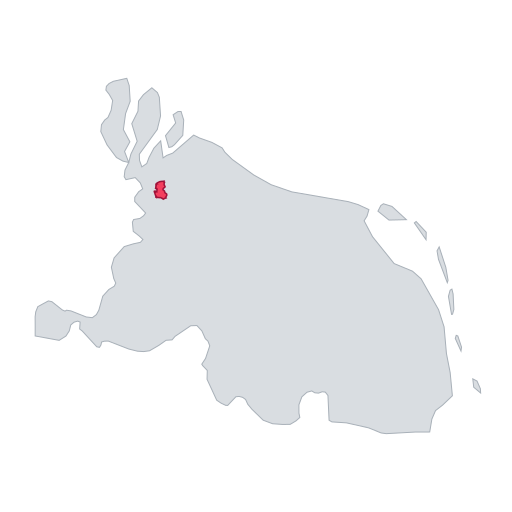 Halderberge, Noord-Brabant, Netherlands shown in context, rotated 89°
{"feature_id": "6326949B33385594138749", "entity_name": "Halderberge", "entity_type": "district", "adm_level": 2, "iso_a3": "NLD", "parent_name": "Netherlands", "parent_adm1": "Noord-Brabant", "projection": "albers", "projection_center": [4.523, 51.59], "detail": "fine", "context": "in_parent", "style": "filled", "palette": "rose", "viewbox_px": 512, "rotation_deg": 89, "n_neighbors": 0, "source": "geoboundaries", "source_scale": "gbopen_adm2", "svg_char_len": 5583}
<svg xmlns="http://www.w3.org/2000/svg" viewBox="0 0 512 512"><g transform="rotate(89 256 256)"><path d="M332.1,478.2L322.2,478.0L312.9,477.9L308.0,477.2L302.8,475.0L300.3,470.2L297.3,464.4L298.1,460.9L306.5,450.7L307.8,447.9L306.9,446.4L307.7,441.9L314.0,426.8L314.8,420.7L311.8,416.6L307.5,414.1L293.5,409.9L286.9,403.7L283.7,398.2L280.6,396.7L276.1,398.6L264.7,400.8L255.4,397.9L244.3,387.6L241.7,378.4L240.3,371.3L237.5,368.8L233.9,372.5L229.2,378.3L220.0,379.0L217.4,377.7L216.9,374.5L216.4,371.4L213.8,367.7L211.1,365.6L199.4,376.3L195.1,376.2L189.6,372.1L186.9,368.1L180.9,370.4L175.5,375.4L177.4,384.7L174.4,386.4L167.8,385.5L160.3,381.6L151.9,379.3L139.2,372.8L121.5,377.9L109.2,371.5L99.0,370.7L92.7,365.7L86.0,357.2L90.9,351.7L95.6,349.9L114.3,349.0L127.8,352.5L152.2,370.9L158.4,370.8L164.9,368.6L161.6,363.6L155.5,361.2L146.4,356.2L139.2,349.3L156.3,347.2L153.9,343.6L151.7,337.5L134.0,316.2L137.0,310.5L141.6,298.2L147.3,288.0L151.7,285.3L159.0,278.1L174.9,256.9L185.0,239.6L192.5,219.1L203.3,162.6L206.4,153.0L211.6,142.3L218.1,144.3L222.7,147.3L238.7,139.2L266.0,118.0L273.9,99.8L281.7,91.3L312.9,74.4L330.1,69.2L356.8,67.3L376.0,63.9L399.2,62.1L408.3,72.0L413.7,79.2L422.1,83.0L435.0,85.4L434.8,100.0L435.9,128.9L435.1,134.0L429.8,146.4L424.4,168.5L423.2,183.0L421.5,185.8L396.7,186.5L393.3,189.1L392.9,192.2L394.2,195.9L393.8,199.6L391.9,202.6L393.1,207.4L397.6,212.6L405.5,215.7L413.9,215.8L418.2,215.0L421.5,218.8L424.9,224.7L424.9,232.2L424.0,242.3L420.3,251.7L409.1,262.8L404.1,266.8L399.3,268.9L397.1,271.8L396.1,275.4L396.4,278.6L404.9,286.9L404.8,288.9L402.5,293.5L399.5,297.8L378.4,307.1L369.6,306.7L364.7,311.2L363.2,312.1L357.5,308.2L345.0,303.8L340.3,305.5L337.8,308.1L330.0,311.4L324.5,316.3L324.6,322.5L334.9,338.3L338.4,341.4L338.7,347.4L343.7,354.8L348.9,364.1L349.6,370.1L349.1,376.2L346.8,384.8L338.5,405.1L338.5,409.0L339.3,411.9L342.3,412.6L344.6,414.1L344.0,416.8L327.9,431.1L325.9,433.6L319.0,433.0L318.0,435.4L319.0,439.1L321.7,442.4L327.6,444.0L332.7,447.4L336.9,454.3L332.1,478.2ZM160.3,381.6L158.8,387.4L155.1,393.8L142.3,403.0L128.9,409.0L122.0,408.2L117.4,404.9L114.9,401.6L107.8,398.3L98.0,396.6L91.9,399.9L87.5,403.2L83.7,402.6L80.9,399.8L78.8,395.5L76.1,382.1L83.4,379.8L99.1,379.1L111.3,383.9L127.3,386.4L139.6,380.1L149.2,385.6L160.3,381.6ZM134.1,327.1L143.3,335.6L145.3,338.3L146.0,341.2L134.1,344.4L121.6,334.0L113.3,336.4L110.2,331.5L110.2,328.4L118.8,325.9L134.1,327.1ZM222.4,122.4L213.3,133.3L207.7,130.3L206.0,127.7L208.8,119.2L222.3,105.0L222.4,122.4ZM262.5,73.6L254.0,74.9L250.1,72.7L270.7,66.4L283.7,64.4L286.0,65.2L262.5,73.6ZM317.8,61.5L299.7,64.3L293.6,62.5L292.5,60.7L297.4,59.6L312.9,59.1L317.6,60.5L317.8,61.5ZM242.7,85.7L225.7,97.1L224.3,95.3L235.2,85.4L242.7,85.7ZM391.0,40.6L382.6,41.4L384.9,37.2L392.6,34.0L396.9,33.8L391.0,40.6ZM354.6,52.7L341.9,58.2L338.8,57.2L339.5,55.6L350.7,52.1L354.6,52.7Z" fill="#d9dde1" stroke="#a8b0b8" stroke-width="1"/><path d="M196.3,344.9L196.1,345.0L195.8,345.1L195.7,345.1L195.3,345.0L195.2,345.0L195.1,344.9L194.9,344.8L194.8,344.7L194.4,344.5L194.3,344.4L194.2,344.3L194.0,344.2L193.9,344.2L193.7,344.2L193.4,344.1L193.2,344.2L192.9,344.2L192.7,344.2L192.7,344.3L192.4,344.4L192.2,344.5L191.9,344.9L191.8,345.0L191.7,345.2L191.7,345.3L191.5,345.6L191.4,345.6L191.3,345.8L191.2,345.8L191.0,346.0L190.7,346.1L190.4,346.2L190.1,346.2L189.9,346.2L189.8,346.3L189.6,346.3L189.4,346.5L189.1,346.7L188.9,347.0L188.7,347.3L188.6,347.5L188.4,347.6L188.2,347.7L188.1,347.8L187.9,347.8L187.6,347.8L187.4,347.7L187.1,347.6L186.8,347.5L186.7,347.4L186.6,347.2L186.2,346.8L186.2,346.7L186.0,346.4L185.9,346.2L185.7,346.0L185.6,345.9L185.4,345.8L185.1,345.7L184.8,345.8L184.7,345.8L184.4,346.0L184.2,346.1L184.0,346.3L183.9,346.3L183.3,346.5L183.2,346.6L182.9,346.6L182.5,346.6L182.3,346.6L182.1,346.6L181.7,346.5L181.4,346.5L181.2,346.5L181.0,346.4L180.8,346.3L180.7,346.2L180.6,346.3L180.4,346.5L180.3,346.4L180.2,346.5L180.1,346.8L180.1,347.0L179.9,347.2L179.6,347.0L179.7,347.9L179.7,348.1L179.7,348.4L179.8,349.9L179.9,350.1L179.9,350.6L180.0,350.8L180.0,351.0L180.1,351.3L180.2,351.5L180.3,351.7L180.4,351.9L180.5,352.1L180.6,352.3L180.7,352.5L180.8,352.6L180.9,353.0L181.0,353.2L181.1,353.4L181.2,353.5L181.3,353.6L181.5,353.7L181.5,353.8L181.6,354.0L181.8,354.1L182.0,354.0L182.1,353.9L182.1,354.0L182.1,354.3L182.3,354.4L182.4,354.5L182.5,354.5L182.5,354.8L182.9,354.8L183.1,354.8L183.3,354.8L183.4,354.7L183.5,354.7L183.8,354.5L184.0,354.6L184.1,354.8L184.3,354.9L184.6,354.9L184.8,354.8L185.3,354.9L186.6,355.2L186.7,354.5L187.0,354.5L187.1,354.1L187.4,354.1L187.5,353.7L188.1,353.8L188.4,353.8L188.8,353.9L189.1,354.0L189.5,354.0L190.1,354.1L189.8,354.6L189.6,354.9L189.5,355.0L189.3,355.7L189.3,355.8L189.3,356.2L189.5,356.6L189.8,356.6L190.6,356.4L190.8,356.3L190.9,356.1L190.9,355.9L191.0,356.0L191.8,356.0L193.6,355.4L194.2,355.2L194.4,355.1L194.5,355.1L194.4,355.0L194.4,354.9L194.5,354.9L194.6,355.0L195.1,354.9L195.4,354.8L195.3,354.3L195.3,354.2L195.2,354.2L195.3,354.1L195.7,354.0L195.6,353.9L195.7,353.7L195.7,353.3L195.8,353.1L195.8,352.9L195.8,352.7L195.8,352.4L195.9,352.1L195.9,351.9L195.9,351.7L196.0,351.5L196.0,351.4L196.0,351.2L196.0,350.9L195.9,350.8L195.9,350.7L195.9,350.4L196.1,350.0L196.3,349.7L196.4,349.4L196.5,349.4L196.6,349.2L196.8,348.8L196.8,348.7L197.0,348.5L197.2,348.4L197.3,348.1L197.4,347.9L197.4,347.7L197.5,347.6L197.4,347.5L197.2,347.4L197.2,347.1L197.2,346.9L197.0,346.7L196.9,346.4L196.8,346.2L196.7,346.2L196.6,345.9L196.6,345.6L196.5,345.4L196.4,345.3L196.3,345.2L196.3,344.9Z" fill="#f43f5e" stroke="#9f1239" stroke-width="1.5"/></g></svg>